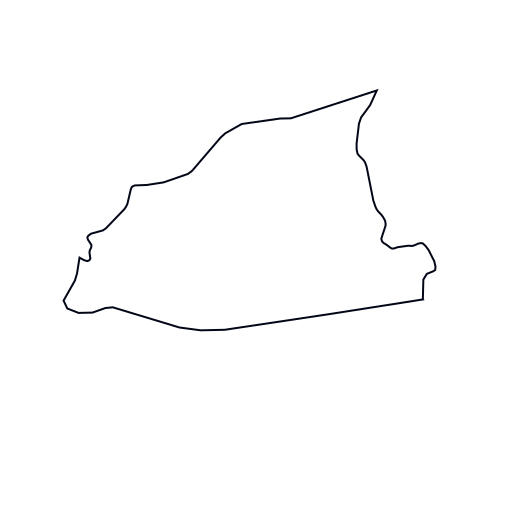 an SVG outline of Melaka, rotated 329°
{"feature_id": "MYS-1145", "entity_name": "Melaka", "entity_type": "State", "adm_level": 1, "iso_a3": "MYS", "parent_name": "Malaysia", "parent_adm1": "", "projection": "albers", "projection_center": [102.321, 2.293], "detail": "fine", "context": "isolated", "style": "outline", "palette": "ink", "viewbox_px": 512, "rotation_deg": 329, "n_neighbors": 0, "source": "natural_earth", "source_scale": "10m", "svg_char_len": 1263}
<svg xmlns="http://www.w3.org/2000/svg" viewBox="0 0 512 512"><g transform="rotate(329 256 256)"><path d="M376.7,379.2L290.2,344.1L191.1,303.1L170.3,291.2L153.5,277.8L106.8,226.2L100.0,223.0L86.7,220.3L74.6,213.4L67.2,203.8L68.1,195.1L68.3,195.0L88.1,183.8L93.5,178.9L103.9,166.5L106.2,170.6L107.4,172.1L109.0,173.6L110.9,173.8L112.7,172.9L115.0,167.3L116.5,165.5L118.6,164.2L119.6,163.3L120.6,161.8L120.4,155.6L120.7,154.0L121.3,152.9L123.0,152.2L126.0,151.9L137.9,155.2L141.5,155.0L167.5,148.0L170.5,146.5L172.7,145.0L182.9,134.5L185.0,132.9L186.4,132.8L188.5,133.1L199.0,138.9L214.7,145.3L240.0,150.6L245.0,150.1L286.8,136.2L293.0,135.0L311.8,135.5L347.5,150.6L356.7,155.9L444.8,176.3L431.6,185.4L417.4,191.4L412.4,195.6L400.0,211.6L397.0,216.8L395.7,220.7L396.0,222.9L397.6,229.5L397.7,231.9L396.8,236.4L385.1,269.0L383.7,275.6L383.5,278.0L383.6,280.4L384.7,285.2L385.0,288.0L384.8,292.3L383.8,294.9L382.7,296.7L372.3,305.7L371.6,308.3L372.0,310.4L373.9,314.1L375.4,318.0L376.3,319.6L377.9,320.5L382.2,321.5L391.8,325.6L395.0,327.8L397.1,328.4L401.8,329.0L403.8,329.8L405.4,331.0L406.5,334.7L407.0,340.0L406.1,352.3L404.4,357.5L402.4,360.3L400.1,360.4L393.2,359.3L387.3,362.4L376.7,379.1L376.7,379.2Z" fill="none" stroke="#020617" stroke-width="2"/></g></svg>